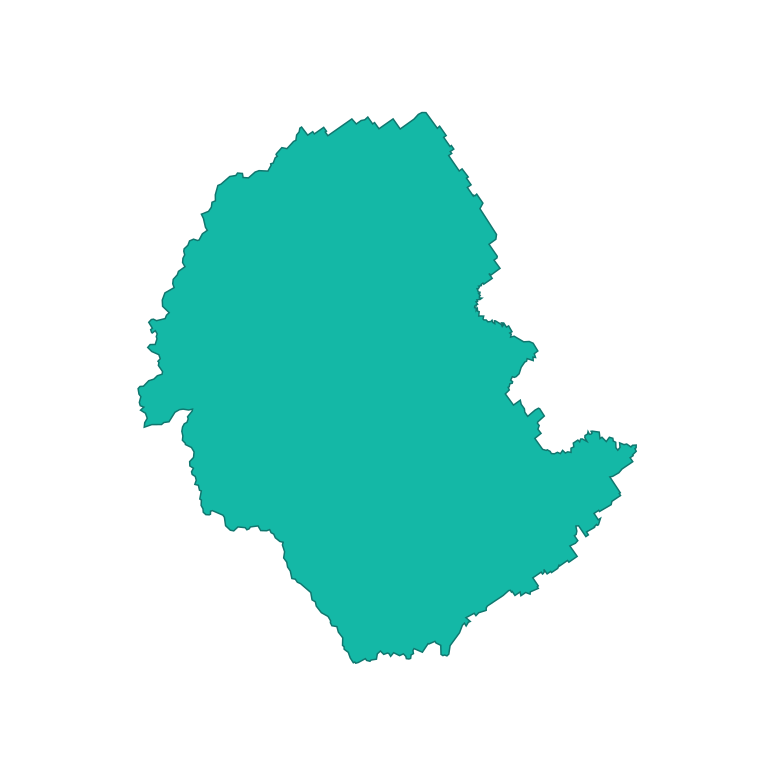 Scenic Rim, Queensland, Australia, rotated 46°
{"feature_id": "25037944B99333709196563", "entity_name": "Scenic Rim", "entity_type": "district", "adm_level": 2, "iso_a3": "AUS", "parent_name": "Australia", "parent_adm1": "Queensland", "projection": "albers", "projection_center": [152.791, -28.04], "detail": "fine", "context": "isolated", "style": "filled", "palette": "teal", "viewbox_px": 768, "rotation_deg": 46, "n_neighbors": 0, "source": "geoboundaries", "source_scale": "gbopen_adm2", "svg_char_len": 6170}
<svg xmlns="http://www.w3.org/2000/svg" viewBox="0 0 768 768"><g transform="rotate(46 384 384)"><path d="M563.7,598.2L565.2,598.3L566.5,595.9L568.6,588.2L570.8,588.5L573.7,586.7L573.6,585.0L576.7,580.6L573.5,576.3L573.6,572.1L578.3,572.0L580.0,568.3L581.5,567.7L584.5,568.4L584.0,563.7L590.2,561.5L591.6,557.5L595.0,557.5L597.1,558.7L599.1,557.1L599.9,555.5L597.7,552.7L598.4,550.1L595.8,548.3L595.2,546.2L603.6,542.7L601.4,532.6L602.2,532.3L604.5,526.1L606.4,526.5L611.4,524.7L618.1,530.8L620.3,530.3L621.0,528.7L623.3,527.6L623.3,525.0L618.1,518.2L615.4,502.5L612.0,495.2L611.9,492.3L615.1,493.0L614.0,488.8L614.7,486.9L609.0,487.4L611.6,478.4L614.5,478.8L614.3,474.8L617.8,467.7L616.0,465.9L615.5,463.8L618.9,445.2L619.2,437.8L620.2,436.4L622.2,436.9L622.3,435.9L627.1,436.7L628.1,430.6L631.4,432.6L632.4,426.9L636.6,424.9L635.2,423.1L638.2,415.0L636.4,414.7L636.4,413.3L626.8,411.6L628.5,401.6L630.8,402.0L630.9,401.1L630.5,399.1L628.4,397.8L633.9,398.6L634.6,394.3L636.0,394.5L637.3,387.2L636.0,384.0L636.9,384.1L638.4,374.6L640.6,374.8L642.2,364.8L629.6,362.8L631.5,357.0L631.3,353.4L625.4,352.4L625.7,350.3L623.8,347.5L619.5,344.7L621.1,342.5L634.0,344.8L634.5,341.8L631.1,341.1L633.4,332.1L632.7,331.7L633.0,329.0L632.0,328.8L634.0,328.5L634.2,327.5L631.0,321.6L630.5,324.2L623.0,322.8L624.0,317.3L625.4,317.6L628.6,304.4L626.7,301.6L628.5,291.3L626.2,290.9L626.4,289.6L607.7,286.1L609.3,283.6L611.0,276.7L610.5,271.7L612.7,259.0L608.0,258.2L608.6,254.6L607.7,254.4L607.6,249.3L604.8,248.4L605.0,246.9L603.1,245.0L600.7,247.8L600.8,250.1L595.8,251.1L594.3,253.5L590.0,255.4L593.6,258.3L594.0,261.8L590.9,261.4L586.9,257.8L584.3,258.7L582.0,257.1L578.9,258.9L579.8,264.1L573.7,264.2L573.3,266.5L568.1,262.6L562.5,267.0L561.9,267.9L563.8,268.3L563.8,270.2L562.9,271.2L560.0,270.3L561.4,272.3L560.7,275.2L562.1,276.8L566.3,277.9L561.3,279.5L560.2,280.8L561.5,283.4L559.0,283.5L558.0,288.9L561.1,291.1L560.1,294.1L563.1,297.0L560.4,299.0L559.6,301.5L555.8,301.6L556.6,305.5L553.6,306.7L552.6,309.9L550.3,311.9L547.9,311.3L544.7,312.3L544.5,313.4L541.2,315.3L527.9,313.3L528.6,305.3L523.4,304.7L521.7,301.2L518.8,300.9L518.1,299.8L518.4,290.9L510.0,289.2L508.7,289.7L507.7,293.5L507.1,303.1L502.1,302.3L499.3,300.2L493.9,299.4L490.3,297.2L489.1,305.5L475.4,303.6L475.3,298.0L472.6,297.0L473.0,295.9L471.3,293.4L472.5,291.2L471.7,289.9L469.2,290.2L467.9,286.6L469.7,285.7L470.5,283.8L470.5,279.7L467.3,273.8L466.0,267.6L466.6,265.6L465.2,263.4L470.8,260.4L468.2,258.2L470.2,256.6L466.6,254.9L467.1,250.4L458.3,248.4L454.3,250.0L450.7,254.2L440.0,257.2L438.2,260.4L436.5,257.8L434.7,258.1L435.3,255.6L428.8,254.0L428.1,256.4L423.3,255.5L421.9,256.8L424.6,257.1L424.8,259.0L422.7,258.2L416.0,260.0L415.3,260.6L417.5,262.4L415.3,263.0L413.2,262.0L413.3,263.7L411.4,266.1L409.0,266.0L407.3,267.6L406.0,267.6L404.4,265.1L400.9,268.6L398.1,265.3L396.5,266.1L394.6,264.5L395.0,266.4L393.4,264.8L392.0,265.8L391.0,264.6L391.9,263.5L391.1,262.8L391.7,261.3L388.8,260.7L389.5,259.3L388.0,258.7L389.9,256.3L390.2,254.0L388.4,255.6L387.0,254.3L387.2,253.4L384.9,253.1L385.4,252.3L384.7,251.2L383.2,252.2L380.1,250.8L381.0,249.9L380.3,247.7L379.5,247.8L380.8,245.6L379.9,245.0L380.2,242.7L381.5,242.9L383.2,232.8L377.4,231.8L379.9,231.4L381.4,220.2L371.3,218.8L371.8,215.2L370.8,213.8L356.4,211.4L357.6,203.0L354.6,199.2L324.5,193.2L322.6,187.2L311.8,185.4L311.8,187.9L310.4,188.4L310.7,189.2L300.5,187.5L301.2,183.0L293.2,181.7L293.6,179.6L283.5,178.4L283.0,181.9L264.6,178.8L265.2,175.1L262.8,174.9L263.5,170.6L259.2,169.9L259.0,171.5L248.0,169.7L248.5,166.7L237.2,164.9L237.1,168.0L217.9,165.3L215.1,168.1L213.9,172.0L214.3,178.4L211.8,195.2L199.6,193.3L196.9,210.3L189.4,209.2L189.0,211.5L180.7,210.2L180.6,214.3L178.6,217.4L177.7,223.3L171.0,223.0L166.4,251.9L161.9,251.2L162.2,249.8L157.5,249.1L155.7,260.4L153.0,260.0L152.0,266.0L141.9,264.8L141.5,266.8L143.7,269.9L144.2,273.9L147.5,278.1L146.7,280.6L147.3,290.3L143.0,293.3L143.6,301.4L144.0,302.3L146.1,302.6L145.7,305.1L148.1,310.2L146.9,312.6L148.3,313.4L150.2,319.6L143.7,325.7L142.0,329.5L141.6,338.3L137.6,341.9L134.2,339.6L130.5,342.8L131.1,345.7L127.6,350.8L127.0,362.4L125.8,365.6L130.7,373.9L135.1,378.0L133.8,381.5L136.9,385.4L137.9,390.3L135.0,397.4L139.5,398.9L147.3,403.6L150.7,404.3L149.8,410.3L152.0,417.0L151.2,418.5L147.5,420.4L146.0,424.5L148.0,428.7L147.9,433.8L149.4,435.8L152.7,437.7L153.9,441.3L156.7,444.5L161.4,445.7L160.2,453.6L161.9,456.9L162.3,462.9L165.1,466.3L168.9,468.0L166.3,478.3L169.6,485.2L174.3,489.3L183.5,489.0L183.4,492.6L184.9,496.0L180.4,503.7L177.2,504.8L176.0,506.6L176.2,510.4L183.0,511.9L182.8,514.1L185.5,515.4L186.3,515.3L186.8,511.5L190.4,512.3L191.7,514.9L193.8,515.9L196.6,521.1L193.2,524.8L193.6,528.6L199.3,528.5L206.5,525.6L210.4,527.4L210.6,530.8L212.1,530.9L213.9,533.4L221.3,534.7L222.8,536.9L220.6,541.3L220.6,546.2L218.2,551.0L218.5,558.6L216.3,561.2L216.5,564.1L221.1,567.3L224.2,567.7L227.3,572.8L229.1,573.8L230.3,574.4L233.8,572.8L233.7,577.3L239.3,575.9L244.2,578.1L245.6,583.0L248.5,586.5L251.9,579.2L258.6,572.2L258.8,569.1L261.8,564.9L259.1,554.0L260.4,548.9L262.6,545.9L267.0,542.6L269.1,539.2L270.2,540.8L271.1,548.1L273.1,549.1L274.7,552.4L273.9,555.3L275.0,558.8L277.6,562.3L281.7,564.8L284.4,568.1L288.6,568.1L289.6,568.9L295.9,566.6L300.9,567.8L304.5,572.0L304.8,577.7L308.1,580.6L312.2,579.6L313.4,583.4L315.8,584.8L319.4,584.0L322.8,585.9L324.8,589.8L327.9,587.9L332.2,590.5L334.0,589.7L338.8,596.4L340.6,596.0L344.3,599.9L348.0,600.9L350.7,603.1L354.2,602.9L356.7,600.6L357.1,599.3L355.0,597.1L355.9,595.4L366.4,591.0L369.0,591.4L375.9,596.4L382.4,596.1L385.3,594.1L385.4,588.3L391.0,583.6L393.6,583.9L394.5,581.6L394.0,579.4L398.6,573.2L403.8,574.5L408.1,570.3L409.3,567.4L412.5,568.5L415.4,567.6L419.1,569.0L424.9,568.3L427.8,566.5L429.2,568.9L435.6,572.0L439.4,577.0L444.6,577.7L448.7,580.5L453.4,581.3L459.9,585.4L462.8,583.4L466.4,584.0L469.7,582.7L483.1,581.5L489.3,585.7L493.0,584.7L496.7,587.0L505.0,587.9L512.3,585.7L517.2,586.9L518.5,588.4L521.7,589.4L525.8,586.4L530.8,589.2L537.9,590.0L543.2,595.4L545.2,595.2L547.1,596.9L552.2,596.1L557.6,598.6L563.2,599.7L563.7,598.2Z" fill="#14b8a6" stroke="#0f766e" stroke-width="1.5"/></g></svg>